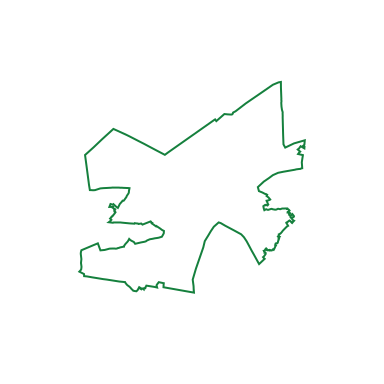 Gwale, Kano, Nigeria, rotated 52°
{"feature_id": "59680162B24203265637376", "entity_name": "Gwale", "entity_type": "district", "adm_level": 2, "iso_a3": "NGA", "parent_name": "Nigeria", "parent_adm1": "Kano", "projection": "robinson", "projection_center": [8.494, 11.979], "detail": "fine", "context": "isolated", "style": "outline", "palette": "green", "viewbox_px": 384, "rotation_deg": 52, "n_neighbors": 0, "source": "geoboundaries", "source_scale": "gbopen_adm2", "svg_char_len": 5972}
<svg xmlns="http://www.w3.org/2000/svg" viewBox="0 0 384 384"><g transform="rotate(52 192 192)"><path d="M266.7,126.6L265.7,126.6L264.5,126.9L263.9,127.6L263.5,127.2L262.7,128.2L261.8,129.5L260.5,131.2L259.9,133.0L259.5,133.4L258.2,134.5L257.8,136.2L257.5,136.8L257.1,137.4L255.3,139.0L254.4,139.5L254.2,139.9L254.0,140.2L253.9,140.5L252.9,143.1L251.9,143.8L251.2,144.2L251.0,145.5L250.9,146.2L250.5,146.1L249.8,145.8L248.8,145.4L247.8,144.9L247.1,144.5L247.2,142.3L247.8,142.1L247.9,141.5L249.1,140.8L248.8,139.6L247.9,139.5L246.5,139.0L245.3,138.8L244.8,138.6L245.6,137.0L246.1,135.3L246.1,135.0L245.3,135.0L243.3,135.1L241.8,135.5L241.0,135.7L240.5,134.5L239.3,134.9L238.3,135.7L235.8,136.8L232.5,138.7L228.7,137.1L228.0,129.0L228.4,122.7L228.5,117.9L229.9,112.3L232.3,107.5L237.8,97.2L238.3,96.0L239.4,94.1L240.6,92.2L240.7,91.1L241.1,90.5L239.5,89.4L236.2,87.2L232.8,83.6L231.7,82.4L231.2,81.9L227.4,85.0L226.9,83.4L226.8,81.9L223.6,82.5L223.6,80.9L222.8,78.2L226.8,76.6L225.5,75.4L224.0,75.7L223.9,74.3L222.5,73.0L220.7,71.3L216.5,81.7L214.4,91.2L210.8,90.6L203.2,85.1L189.0,74.6L187.9,73.7L186.1,72.4L184.9,71.4L182.6,70.5L179.8,68.9L176.6,66.7L176.0,66.0L175.2,65.4L175.0,65.2L174.5,65.0L173.7,64.3L164.3,57.5L160.0,54.2L158.9,56.3L157.3,62.2L155.3,95.2L155.2,108.2L155.1,108.5L154.7,110.7L155.0,111.2L155.4,111.6L155.5,112.9L154.3,114.4L152.6,116.3L150.5,118.5L151.1,129.2L149.0,129.1L148.9,130.3L146.1,186.5L146.0,190.5L136.5,194.8L126.4,199.3L124.8,200.0L118.6,202.9L109.7,207.0L106.8,208.4L93.9,215.1L95.1,230.7L96.2,241.9L96.7,248.9L97.0,253.5L106.4,259.0L123.2,268.9L127.6,271.3L128.7,270.0L129.7,268.9L130.8,267.3L132.7,262.1L134.1,259.9L138.5,253.6L139.8,251.6L140.9,250.3L143.5,246.9L144.6,245.8L145.4,244.7L146.5,243.5L149.9,239.5L150.5,238.9L151.4,239.9L152.3,241.0L153.0,241.6L153.6,242.2L154.1,243.1L154.4,244.2L155.0,245.9L155.7,247.1L156.0,248.4L156.5,249.9L156.8,251.3L156.1,252.0L156.4,253.0L157.0,256.3L157.7,257.7L158.9,260.2L157.0,260.8L153.2,261.4L153.3,262.2L151.3,263.6L152.9,266.3L155.1,263.5L155.5,264.2L158.2,263.2L158.3,264.4L159.6,264.4L159.6,264.9L159.8,264.9L159.9,265.1L160.9,264.9L161.4,266.6L161.7,268.0L162.0,268.6L162.0,269.2L162.0,269.7L161.9,269.7L162.1,271.1L162.3,271.1L162.5,272.9L164.3,272.7L164.5,273.9L164.6,274.5L164.6,275.2L164.6,275.7L164.6,276.2L165.7,275.1L167.6,273.2L167.7,272.6L168.1,272.1L172.1,267.0L173.1,266.0L178.4,260.4L181.5,256.9L181.3,256.3L182.1,255.6L183.6,254.0L184.2,253.9L185.6,251.4L187.2,251.1L189.7,242.7L190.4,242.6L191.1,242.9L191.8,242.4L192.1,243.0L193.2,242.6L197.0,241.5L196.9,241.0L199.0,240.3L201.1,239.6L203.4,239.0L205.4,238.1L207.1,239.6L207.7,240.8L208.7,243.3L207.5,246.4L206.7,247.9L205.5,250.0L204.7,251.7L203.3,254.3L202.5,257.3L202.5,258.6L202.1,259.8L200.4,263.1L197.8,268.7L195.6,268.6L193.2,269.7L191.8,270.2L190.3,270.4L191.3,272.7L191.6,274.0L191.6,274.3L191.8,275.3L191.9,276.2L192.6,278.6L193.2,279.2L193.0,279.5L191.4,282.8L191.1,283.8L190.8,284.5L190.5,285.1L190.3,286.0L189.7,287.0L189.1,287.6L188.4,288.4L187.5,289.6L186.4,291.1L185.8,292.0L185.1,293.7L183.9,296.5L181.6,300.1L174.5,297.8L173.4,301.7L169.8,315.0L171.0,316.6L172.2,317.7L176.8,320.5L179.6,323.2L182.2,324.7L183.0,325.2L184.7,326.9L185.1,328.0L185.4,329.8L190.2,327.6L191.9,328.8L193.8,326.8L197.9,323.1L202.1,319.2L205.9,315.7L208.4,313.2L211.6,310.2L217.7,304.5L221.8,300.2L222.5,300.4L223.8,300.4L224.6,300.4L225.6,300.3L226.7,300.0L227.7,299.7L228.7,299.5L229.9,299.4L230.8,299.4L231.8,299.3L232.7,299.1L233.6,299.1L234.3,298.5L234.8,298.1L235.4,297.5L236.0,296.9L235.8,295.2L234.5,292.2L235.3,291.9L235.8,292.4L237.3,291.9L237.0,291.3L237.2,291.2L237.2,290.7L238.9,290.1L238.6,289.9L238.4,289.6L238.4,289.3L238.3,289.1L238.9,288.7L238.6,288.1L238.9,287.8L238.4,287.1L238.2,286.7L237.7,285.6L243.7,280.0L245.8,278.3L243.7,277.4L243.3,276.3L242.6,273.7L246.5,270.4L247.3,271.2L249.5,273.1L272.5,252.4L271.0,251.4L271.0,251.5L267.1,248.7L261.5,245.4L254.9,236.2L247.9,225.4L242.6,217.2L238.6,212.2L236.7,207.1L236.5,206.5L234.5,201.4L232.8,196.2L232.4,189.7L234.2,188.5L239.0,186.6L248.2,182.5L255.6,179.3L259.6,178.9L264.6,179.3L269.3,180.1L274.9,181.1L279.6,181.8L290.1,183.5L289.5,177.2L289.4,175.9L288.3,176.1L287.8,176.1L287.1,176.1L287.1,175.2L286.3,172.4L286.2,172.2L285.8,172.0L285.6,171.6L285.3,171.5L285.2,171.6L284.8,171.9L284.5,172.2L284.2,171.8L284.0,171.6L283.8,171.6L283.7,171.6L283.2,171.8L283.0,171.7L282.6,171.6L283.0,170.9L282.3,169.6L282.1,168.3L282.7,168.2L283.0,169.2L283.8,168.8L284.2,168.6L284.6,167.8L284.9,167.8L285.2,167.0L285.4,166.4L286.1,166.0L286.3,166.3L287.2,165.1L287.0,163.7L287.9,163.3L287.5,162.3L287.2,162.2L287.0,161.2L286.4,160.3L285.8,158.8L285.0,159.1L284.7,158.5L284.3,158.2L284.1,157.8L284.2,157.2L284.7,156.7L284.9,156.3L284.8,156.0L284.7,155.6L284.4,155.2L283.8,154.5L283.4,153.9L283.0,153.1L282.8,152.8L282.4,152.8L282.3,152.3L282.2,152.0L281.6,152.0L281.5,151.2L281.3,150.6L280.8,151.0L280.6,151.2L280.6,151.3L280.0,151.6L279.5,150.0L279.3,149.2L278.9,149.3L279.1,148.0L279.2,147.5L279.0,146.7L278.8,145.6L278.4,144.3L277.8,139.8L277.7,139.1L277.7,137.7L277.8,137.1L275.0,136.7L274.5,136.7L274.3,136.7L274.2,136.3L274.4,135.6L274.4,135.4L274.4,135.1L274.5,135.0L274.5,134.1L274.4,134.0L274.4,133.7L274.4,133.2L274.5,132.9L274.5,132.7L275.4,132.4L275.9,132.4L276.4,132.4L276.7,132.3L277.4,132.3L277.4,132.0L278.0,132.0L277.8,131.1L277.6,130.2L277.5,129.3L276.8,129.6L276.5,129.7L276.4,129.7L275.9,129.8L275.1,129.7L274.4,129.8L274.0,129.8L273.1,129.8L273.5,129.3L273.7,128.6L273.9,128.2L274.1,127.7L274.3,127.5L274.2,127.2L273.9,126.8L273.9,126.6L273.7,126.5L273.2,126.5L271.2,126.5L271.3,127.1L271.5,127.9L271.4,128.4L271.4,128.5L271.3,129.1L271.2,129.1L270.4,129.2L270.1,129.4L269.7,129.5L269.6,129.3L269.4,128.9L269.2,128.4L269.3,128.4L269.3,128.2L269.2,127.7L268.4,127.9L268.0,128.2L267.7,128.6L267.7,128.8L267.4,128.8L267.0,129.3L266.6,128.9L266.7,128.3L266.8,127.8L266.7,127.1L266.7,126.6Z" fill="none" stroke="#15803d" stroke-width="2"/></g></svg>